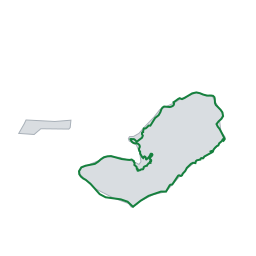 Palestine, with West Bank highlighted, rotated 48°
{"feature_id": "WEB+00?", "entity_name": "West Bank", "entity_type": "state/province", "adm_level": 1, "iso_a3": "PSE", "parent_name": "Palestine", "parent_adm1": "", "projection": "mercator", "projection_center": [35.24, 31.944], "detail": "fine", "context": "in_parent", "style": "outline", "palette": "green", "viewbox_px": 256, "rotation_deg": 48, "n_neighbors": 0, "source": "natural_earth", "source_scale": "10m", "svg_char_len": 3194}
<svg xmlns="http://www.w3.org/2000/svg" viewBox="0 0 256 256"><g transform="rotate(48 128 128)"><path d="M199.9,62.0L202.1,82.2L198.1,99.4L197.7,114.4L200.7,142.3L194.3,154.1L190.6,168.0L189.0,178.5L184.5,178.1L170.2,185.7L151.3,192.9L130.4,194.7L127.5,192.6L126.6,189.0L132.7,171.3L135.1,163.0L144.1,154.0L156.9,146.2L162.4,144.2L161.7,140.9L154.1,135.8L146.1,133.1L138.5,135.8L136.2,134.9L135.4,132.7L138.0,129.5L139.3,123.5L138.1,113.5L137.3,101.4L135.6,92.0L140.3,76.6L141.5,69.4L147.4,53.7L161.2,44.3L173.2,47.0L179.5,47.7L182.1,49.6L183.8,55.0L192.7,61.2L199.9,62.0ZM84.0,165.2L89.0,170.7L89.2,172.7L70.2,193.3L70.0,202.1L58.9,212.8L55.4,202.2L53.8,198.4L74.2,178.0L84.0,165.2Z" fill="#d9dde1" stroke="#a8b0b8" stroke-width="1"/><path d="M163.1,43.3L164.5,44.1L167.6,46.6L169.6,47.3L176.4,47.0L179.6,47.4L182.8,49.4L183.7,52.4L183.7,56.3L184.3,59.6L187.1,60.4L189.7,60.5L192.2,61.1L200.9,63.4L201.2,64.4L201.4,65.5L200.7,65.5L200.7,64.7L199.9,64.7L199.9,65.5L200.5,66.8L200.4,70.6L201.4,72.5L200.9,74.0L200.9,76.4L201.3,78.9L202.2,80.4L201.6,80.7L201.2,81.0L200.9,81.5L200.7,82.2L202.2,82.2L200.8,88.2L200.3,90.3L200.7,91.8L200.7,92.7L199.9,93.2L199.4,93.7L199.4,94.4L199.9,95.3L198.1,98.4L198.1,99.8L199.2,101.4L197.4,102.9L196.8,105.1L197.0,111.0L198.2,114.0L198.4,115.3L198.5,117.1L198.7,118.1L199.3,119.5L199.2,120.5L198.7,121.1L198.0,121.3L197.3,121.7L197.0,122.7L199.6,132.9L198.5,134.5L198.5,135.4L200.7,142.3L197.3,146.1L194.6,152.4L192.2,158.1L190.5,167.2L189.9,176.6L189.9,176.8L189.9,177.0L182.5,177.6L176.2,181.1L164.5,191.0L158.2,193.3L144.7,193.2L138.3,194.1L135.5,195.1L132.5,195.5L129.7,195.1L127.3,193.3L126.0,189.0L127.6,184.8L132.5,176.6L133.1,172.5L133.1,169.0L133.6,165.5L135.3,162.2L135.6,161.8L137.5,159.4L146.8,153.5L150.5,150.3L152.7,148.3L153.9,146.4L156.5,145.8L157.0,146.3L158.4,146.5L159.7,148.0L162.5,147.6L164.1,148.7L164.6,148.2L165.0,148.4L165.3,149.0L166.1,149.4L166.5,149.2L166.7,148.1L167.3,147.6L167.6,145.8L168.2,145.2L168.7,144.4L168.4,143.4L167.7,142.7L167.6,141.7L168.2,140.0L168.7,139.2L168.4,138.8L168.3,137.8L168.0,136.3L168.5,135.5L169.0,134.6L168.5,134.2L167.7,134.2L167.5,133.9L168.1,133.0L167.8,132.6L167.4,132.3L166.8,132.2L165.6,132.5L164.9,131.5L164.7,130.6L164.8,129.4L164.3,127.8L163.3,127.5L162.5,128.1L162.5,128.9L163.0,129.8L163.4,131.1L163.7,132.9L163.7,134.9L163.7,135.3L163.4,135.5L161.6,134.5L160.9,134.5L160.2,134.7L160.0,135.4L160.4,136.1L160.5,136.8L159.1,136.9L155.2,136.1L153.5,134.7L152.5,134.9L150.9,133.9L149.9,131.8L148.6,131.0L147.3,131.0L146.4,131.1L145.3,131.8L143.3,133.7L141.8,134.2L140.5,134.3L138.2,133.9L137.9,133.7L138.1,133.2L139.3,132.1L140.2,131.1L141.1,130.8L143.6,130.7L144.1,130.1L144.6,124.1L143.6,122.1L142.1,121.8L141.0,120.9L140.8,120.2L141.2,119.5L140.5,118.9L138.9,116.6L140.1,115.2L140.2,113.2L140.0,111.1L141.2,109.8L138.7,101.1L139.0,96.7L137.9,93.4L136.3,90.4L135.9,88.7L136.2,86.8L140.4,82.9L141.2,81.3L141.6,79.7L141.4,78.4L140.6,77.4L139.3,77.0L139.6,75.3L140.0,71.3L140.4,69.7L140.9,69.4L142.3,68.8L142.7,68.5L143.5,65.9L143.9,63.7L145.2,57.1L147.3,53.4L150.2,51.3L153.4,49.8L156.7,47.7L159.5,44.5L161.0,43.3L162.9,43.2L163.1,43.3Z" fill="none" stroke="#15803d" stroke-width="2"/></g></svg>